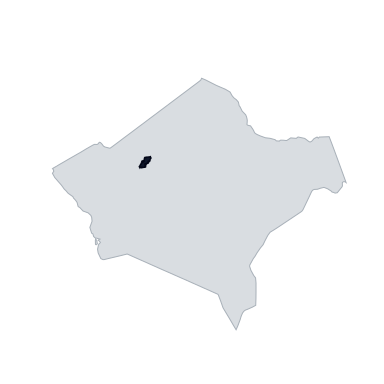 Mbooni, Eastern, Kenya shown in context, rotated 114°
{"feature_id": "3690345B27986350710354", "entity_name": "Mbooni", "entity_type": "district", "adm_level": 2, "iso_a3": "KEN", "parent_name": "Kenya", "parent_adm1": "Eastern", "projection": "albers", "projection_center": [37.612, -1.65], "detail": "fine", "context": "in_parent", "style": "filled", "palette": "ink", "viewbox_px": 384, "rotation_deg": 114, "n_neighbors": 0, "source": "geoboundaries", "source_scale": "gbopen_adm2", "svg_char_len": 5333}
<svg xmlns="http://www.w3.org/2000/svg" viewBox="0 0 384 384"><g transform="rotate(114 192 192)"><path d="M84.2,229.5L84.1,224.9L84.7,213.3L84.6,203.0L85.2,197.9L87.7,194.6L88.9,192.2L89.7,188.9L91.0,186.2L94.0,184.0L94.6,182.8L97.7,179.1L99.6,174.4L101.1,172.8L102.9,171.4L104.2,170.6L106.3,169.8L107.9,169.3L108.2,169.0L108.3,168.2L107.8,165.3L108.5,164.3L109.6,162.4L110.9,160.6L112.0,159.4L112.7,158.2L113.0,156.2L113.0,154.7L113.0,152.4L112.6,147.0L111.2,142.5L110.4,137.4L111.0,135.8L109.9,132.8L109.4,132.7L108.5,132.0L107.4,129.2L106.6,126.7L106.0,126.1L102.4,123.8L100.6,118.6L98.6,117.5L97.5,112.3L97.2,110.8L98.4,105.6L98.3,104.4L97.0,103.3L93.6,102.2L90.9,100.1L91.2,99.3L91.4,98.5L90.0,98.0L85.7,89.2L91.1,83.8L96.6,78.4L103.6,71.6L110.1,65.3L115.7,59.9L120.7,55.1L120.5,56.0L120.6,57.2L121.2,58.0L122.2,58.5L123.6,57.9L124.9,57.2L126.1,57.0L133.6,59.0L134.8,60.8L134.8,62.7L135.1,64.0L134.5,65.4L133.9,69.5L134.1,73.3L136.3,76.2L138.4,78.4L140.0,81.5L141.1,82.4L142.8,82.9L147.9,83.0L155.5,83.2L162.8,83.4L163.5,83.5L165.1,83.9L171.8,88.1L178.0,92.0L183.2,95.3L188.3,98.5L193.2,101.7L197.0,104.3L200.8,105.1L206.9,105.5L211.2,105.6L215.1,106.7L220.9,107.8L225.3,108.3L227.9,108.9L235.2,109.5L236.4,109.2L239.6,106.3L243.2,101.6L244.6,99.0L249.3,96.4L257.4,92.8L263.2,90.3L269.6,87.7L272.5,89.9L276.5,93.5L278.3,95.3L279.8,96.1L281.9,96.6L284.6,96.6L286.1,96.5L289.0,96.1L295.9,95.7L299.9,95.7L296.6,100.4L292.5,106.1L285.2,116.5L279.5,121.9L275.3,126.1L274.9,126.8L274.9,131.4L274.9,142.8L274.9,165.4L275.0,188.1L275.0,210.8L275.0,222.1L275.0,226.0L278.7,230.7L282.3,235.4L287.0,241.6L289.6,244.9L290.0,246.0L289.9,248.2L285.9,252.9L282.7,255.0L278.4,255.9L277.1,255.8L275.4,255.1L274.7,256.2L274.2,257.9L273.2,257.6L272.5,257.0L272.9,260.1L273.4,261.6L272.7,263.7L270.6,265.5L270.4,267.0L265.9,270.9L259.4,271.4L256.0,273.3L254.5,274.9L253.3,278.4L253.7,283.8L251.9,288.0L251.6,290.1L248.2,292.8L246.8,295.2L245.7,297.8L244.7,298.9L243.6,304.5L242.0,307.9L241.6,309.1L241.2,310.1L240.0,312.1L239.2,313.5L238.7,314.4L234.7,323.1L231.7,327.1L229.2,326.7L227.6,328.2L227.5,328.9L226.6,328.5L224.6,327.0L220.5,324.1L216.4,321.1L212.2,318.1L208.1,315.1L204.0,312.1L199.9,309.1L195.7,306.2L191.6,303.2L189.2,301.4L188.1,300.4L187.3,298.3L186.9,297.8L185.8,297.2L184.5,297.0L184.1,296.6L184.1,295.7L184.6,294.2L186.1,291.5L186.3,289.9L186.0,288.1L185.5,285.1L185.1,284.5L182.3,282.9L176.6,279.7L170.8,276.5L165.1,273.3L159.4,270.1L153.6,266.9L147.9,263.7L142.1,260.5L136.4,257.3L130.6,254.1L124.9,250.9L119.1,247.7L113.4,244.5L107.6,241.3L101.9,238.1L96.1,234.9L90.4,231.7L88.2,230.5L86.2,229.5L84.2,229.5ZM275.3,260.7L274.3,260.9L274.8,259.4L277.8,257.4L279.0,257.9L279.2,258.3L279.2,258.7L278.7,259.1L275.3,260.7Z" fill="#d9dde1" stroke="#a8b0b8" stroke-width="1"/><path d="M183.5,250.3L183.5,250.2L183.8,250.0L184.0,250.1L184.2,250.3L184.3,250.3L184.3,250.2L184.5,250.1L184.6,249.8L184.7,249.7L184.8,249.7L184.8,249.8L185.3,249.7L185.5,249.8L185.5,249.7L185.7,249.8L185.8,250.0L185.8,249.9L186.0,249.8L186.3,249.8L186.4,249.7L186.5,249.6L186.9,249.7L187.0,249.8L187.0,250.0L187.3,250.2L187.5,250.2L187.8,250.0L188.0,250.2L188.4,250.2L188.5,250.1L188.8,250.2L189.0,250.1L189.3,250.1L189.5,250.2L189.5,250.3L190.1,250.5L190.3,250.4L190.4,250.2L190.5,250.0L190.7,249.9L190.7,249.7L190.8,249.6L190.7,249.6L190.7,249.4L190.6,249.1L190.6,248.9L190.5,248.6L190.4,248.5L190.2,248.4L190.3,248.2L190.3,247.9L190.2,247.9L190.1,247.7L189.8,247.7L189.9,247.4L189.8,247.2L189.7,247.2L189.4,246.9L189.4,246.7L189.3,246.4L189.2,246.3L189.2,246.2L188.9,245.8L188.8,245.6L188.6,245.3L188.6,245.2L188.4,245.0L188.2,244.8L188.1,244.7L187.9,244.6L187.5,244.8L187.5,245.0L187.5,245.3L187.3,245.4L187.4,245.5L187.1,245.7L186.9,245.6L186.8,245.4L186.7,245.3L186.7,245.2L186.4,245.1L186.2,245.1L186.3,245.5L186.2,245.7L186.2,245.8L186.3,245.9L186.2,246.0L185.9,246.3L185.8,246.5L185.7,246.6L185.4,246.5L185.4,246.3L185.2,246.3L185.2,246.1L185.1,245.9L185.0,245.7L185.0,245.4L185.0,245.2L184.8,245.2L184.7,245.2L184.4,244.8L184.4,244.7L184.2,244.5L184.1,244.4L183.9,244.5L183.9,244.4L183.8,244.2L183.7,244.3L183.4,244.4L183.3,244.6L183.2,244.6L183.2,244.4L182.9,244.4L182.7,244.4L182.9,244.2L182.6,244.1L182.7,243.9L182.4,243.8L182.1,243.9L181.9,243.8L181.7,243.8L181.8,243.7L181.7,243.7L181.4,243.5L181.2,243.4L181.1,243.5L181.0,243.3L180.8,243.2L180.7,243.3L180.6,243.2L180.5,243.3L180.4,243.3L180.1,243.3L179.9,243.5L179.7,243.6L179.4,243.6L179.2,243.6L178.9,243.5L178.7,243.4L178.3,243.4L178.1,243.3L177.9,243.3L177.7,243.5L177.5,243.8L177.5,243.7L177.4,243.7L177.4,243.9L177.3,244.0L177.2,244.1L176.9,244.3L176.7,244.4L176.8,244.5L177.0,244.8L177.3,245.1L177.5,245.2L177.6,245.5L177.8,245.9L177.9,246.1L178.0,246.3L178.1,246.6L178.3,246.9L178.4,247.1L178.5,247.2L178.5,247.3L178.6,247.5L178.7,247.8L178.8,247.9L179.0,247.9L179.0,248.0L179.2,248.3L179.3,248.3L179.4,248.6L179.4,248.8L179.5,248.8L179.7,249.0L179.8,249.0L180.0,249.2L180.3,249.1L180.5,249.1L180.8,249.0L181.0,249.0L180.9,249.0L181.0,249.0L181.0,248.9L181.3,248.8L182.0,248.7L182.4,248.7L182.7,248.6L182.6,248.8L182.9,248.9L183.0,248.3L183.1,248.1L183.3,248.2L183.8,248.5L184.0,248.6L184.5,248.6L184.7,248.8L184.6,249.1L184.3,249.1L184.2,249.1L183.9,249.2L183.6,249.3L183.6,249.6L183.5,249.8L183.5,250.0L183.5,250.3Z" fill="#0f172a" stroke="#020617" stroke-width="1.5"/></g></svg>